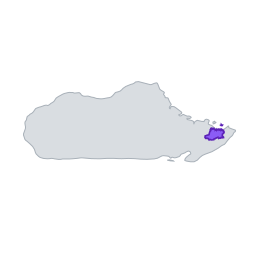 location of Ambilobe, Diana, Madagascar, rotated 73°
{"feature_id": "10022922B52521872200932", "entity_name": "Ambilobe", "entity_type": "district", "adm_level": 2, "iso_a3": "MDG", "parent_name": "Madagascar", "parent_adm1": "Diana", "projection": "mercator", "projection_center": [49.084, -13.513], "detail": "fine", "context": "in_parent", "style": "filled", "palette": "violet", "viewbox_px": 256, "rotation_deg": 73, "n_neighbors": 0, "source": "geoboundaries", "source_scale": "gbopen_adm2", "svg_char_len": 6847}
<svg xmlns="http://www.w3.org/2000/svg" viewBox="0 0 256 256"><g transform="rotate(73 128 128)"><path d="M166.1,31.1L166.7,32.7L167.5,34.1L169.9,37.7L170.9,39.0L171.8,40.5L172.2,43.4L173.7,47.9L175.2,54.7L175.6,61.7L176.0,64.9L177.2,67.9L179.0,71.1L179.6,74.6L178.5,78.2L176.8,81.6L176.4,82.2L175.7,83.1L175.3,83.1L174.0,82.2L173.0,80.7L171.6,77.4L171.1,75.6L170.6,75.4L169.0,75.5L167.9,76.6L167.7,77.3L167.9,79.2L168.4,80.9L168.5,82.6L168.6,84.8L169.0,85.5L169.6,86.0L170.3,87.5L170.4,90.9L170.0,92.6L168.9,94.1L168.9,95.0L169.4,95.8L169.0,96.3L167.5,97.0L166.9,97.5L166.1,99.1L164.8,102.2L164.6,103.7L165.5,108.6L165.2,112.0L163.6,118.6L162.6,121.7L161.3,125.5L159.3,130.4L157.2,136.6L155.5,143.0L154.2,146.9L152.8,150.7L150.8,157.4L149.1,164.3L146.6,171.9L143.2,180.4L142.8,181.5L142.1,185.8L141.3,189.6L140.4,193.4L138.5,199.6L138.3,201.5L137.8,203.4L136.0,207.3L135.2,208.7L134.6,210.3L134.3,212.3L133.8,214.2L132.4,217.7L130.4,220.7L129.0,221.8L126.0,223.4L124.5,223.7L121.1,223.7L117.8,224.6L114.5,226.4L111.2,228.4L109.9,229.4L108.6,229.9L104.2,230.0L103.0,229.6L98.6,226.3L97.0,225.7L93.8,225.3L92.8,225.0L92.0,224.6L90.7,222.9L88.1,221.4L87.5,220.9L87.2,219.9L86.9,218.9L86.2,217.7L85.7,215.4L84.9,213.8L82.6,210.9L82.3,210.0L82.1,207.0L82.2,205.0L82.0,201.3L82.2,199.6L83.1,198.0L82.7,196.3L81.9,194.5L81.5,192.7L80.9,191.0L78.4,188.0L77.9,186.5L77.5,185.0L76.5,180.2L76.4,178.6L76.6,175.1L76.9,173.3L77.5,172.0L77.7,171.1L78.0,170.3L78.6,169.6L79.0,168.9L79.9,164.4L81.1,163.4L82.8,162.9L84.2,161.7L85.0,160.1L85.8,156.9L87.9,153.7L88.7,152.0L90.5,149.5L92.0,145.9L92.5,144.3L92.8,142.5L93.2,138.8L93.5,136.9L93.4,135.1L92.6,133.2L90.4,129.7L90.4,129.1L90.5,126.5L90.4,124.7L89.6,122.8L88.6,121.1L87.6,117.9L87.1,112.5L87.2,110.6L86.9,108.9L86.2,107.3L86.7,104.4L93.0,94.1L93.3,92.9L93.0,89.8L93.1,88.0L93.3,87.3L93.8,86.9L94.9,86.7L100.0,86.3L100.7,86.0L101.9,85.1L103.7,83.4L104.5,82.9L105.2,83.1L105.6,83.8L106.2,84.2L108.3,83.5L109.0,83.4L109.8,83.6L110.2,82.9L110.5,81.9L110.8,81.3L111.3,80.9L114.0,80.7L115.6,80.4L117.8,79.8L118.3,79.9L120.1,82.3L120.6,82.5L121.3,82.6L121.9,82.1L120.5,80.9L120.2,80.2L120.3,79.4L121.1,77.7L122.4,76.5L125.2,74.5L128.2,72.3L129.0,72.1L129.8,72.5L130.3,75.1L130.2,75.6L130.7,75.6L131.3,75.3L131.8,74.2L131.8,73.3L131.4,72.5L131.2,71.7L131.2,71.1L132.7,69.5L133.9,68.0L134.4,66.2L134.9,65.4L136.1,64.5L136.5,64.6L136.8,65.4L136.9,66.2L136.6,67.0L136.2,67.8L136.0,68.8L136.7,69.0L137.3,68.7L138.3,66.9L139.4,65.1L140.1,64.1L140.9,63.5L142.3,63.6L143.6,64.0L141.4,62.1L140.9,59.6L143.5,55.1L143.5,54.2L143.9,53.9L144.1,53.5L142.7,52.0L142.5,51.3L142.6,50.2L143.3,49.2L143.9,48.5L144.7,48.2L145.4,48.6L146.8,49.8L147.8,50.0L149.0,48.8L149.9,47.3L151.4,46.3L153.0,45.7L155.5,43.4L157.1,38.5L157.3,37.1L156.9,35.4L156.3,33.7L155.4,31.7L155.6,31.2L157.0,31.5L157.4,31.2L158.9,29.4L161.4,26.0L162.2,26.0L162.9,26.6L163.1,27.6L163.6,28.3L165.3,29.9L166.1,31.1ZM149.0,44.8L149.0,45.3L147.2,45.1L146.9,43.2L147.8,43.2L148.0,42.4L148.5,42.3L149.1,44.0L149.0,44.8ZM171.8,97.1L170.2,99.9L170.6,97.6L172.5,94.3L173.0,94.0L171.8,97.1Z" fill="#d9dde1" stroke="#a8b0b8" stroke-width="1"/><path d="M160.0,57.0L160.6,56.9L160.5,56.4L160.7,56.1L160.7,55.9L160.9,55.9L161.1,55.8L161.3,55.3L161.2,55.0L161.3,55.0L161.5,54.7L161.4,54.6L161.6,54.2L161.9,54.2L162.0,54.0L162.3,53.9L162.5,54.0L162.6,53.9L163.0,54.0L163.0,53.8L163.1,53.7L163.3,53.5L163.3,53.4L163.1,53.2L163.2,52.9L163.3,52.7L163.2,52.5L163.4,52.4L163.5,52.1L163.7,51.9L163.8,51.8L163.9,51.6L163.9,51.4L163.9,51.2L164.0,51.0L164.0,50.9L164.1,50.5L164.1,50.4L164.2,50.1L164.1,49.9L164.3,49.4L163.8,49.2L163.7,48.9L163.5,48.7L163.8,48.4L163.8,48.2L163.8,47.8L163.7,47.8L163.6,47.6L163.6,47.4L163.4,47.3L163.4,47.2L163.5,47.0L163.5,46.8L163.4,46.8L163.3,46.6L163.2,46.4L163.3,46.1L163.2,45.9L163.2,45.7L163.1,45.4L163.1,45.2L163.2,45.3L163.4,45.1L163.5,44.9L164.1,44.5L164.4,44.5L164.4,44.4L164.5,44.4L164.4,44.0L164.2,43.9L164.2,43.7L164.4,43.6L164.4,43.4L164.5,43.4L164.7,43.2L164.7,42.9L164.8,42.8L164.8,42.4L164.8,42.2L164.7,42.1L164.4,41.9L164.5,41.8L164.4,41.7L164.3,41.4L164.3,41.2L164.6,41.0L164.6,40.9L164.8,40.7L165.0,40.7L165.1,40.4L165.1,40.2L165.1,39.8L165.1,39.7L165.2,39.4L164.9,39.3L164.5,39.3L164.3,39.6L164.0,39.6L163.9,39.7L163.6,39.8L163.3,39.9L163.1,40.1L162.9,40.0L162.5,39.9L162.3,40.0L162.2,39.9L162.2,39.7L161.4,39.5L161.4,39.3L161.3,39.2L161.3,38.9L161.2,38.7L161.2,38.4L160.8,38.2L160.9,37.9L160.8,37.7L160.4,37.4L159.9,37.3L159.8,37.2L159.7,37.2L159.4,37.4L159.4,37.5L159.2,37.4L158.8,37.6L158.6,37.6L158.3,37.8L158.2,38.0L158.2,37.9L158.1,37.7L158.0,37.9L157.8,37.9L157.7,37.9L157.3,38.3L157.6,38.4L157.6,38.5L157.4,38.5L157.2,38.5L157.4,38.6L157.2,38.6L157.1,38.9L157.2,39.0L157.3,39.0L157.5,39.0L157.4,39.1L157.1,39.0L157.2,39.4L157.1,39.1L156.8,39.2L156.9,39.4L157.0,39.5L156.9,39.5L157.0,39.6L156.8,39.6L156.8,39.4L156.6,39.6L156.8,39.8L156.7,39.8L156.8,39.9L156.8,40.0L156.6,39.7L156.5,39.9L156.7,40.1L156.5,39.9L156.5,40.0L156.4,40.0L156.2,40.2L156.1,40.3L156.0,40.5L156.2,40.8L155.9,40.8L155.8,41.0L155.7,41.2L155.8,41.2L155.8,41.3L155.7,41.2L155.6,41.4L155.7,41.5L155.9,41.6L155.7,41.6L155.7,41.9L155.9,42.0L155.7,41.9L155.6,42.1L155.6,42.3L155.5,42.5L155.6,42.8L155.8,42.8L155.6,43.0L155.8,43.2L156.0,43.1L155.8,43.1L156.0,43.4L156.3,43.4L156.5,43.3L156.3,43.5L156.1,43.4L156.1,43.5L155.8,43.4L155.7,43.5L155.8,43.6L155.6,43.6L155.4,43.8L155.5,43.9L155.4,43.9L155.5,44.0L155.3,44.2L155.3,44.4L155.4,44.5L155.3,44.4L155.2,44.5L155.4,44.7L155.5,44.8L155.5,44.6L155.7,44.9L155.7,45.0L155.6,44.9L155.5,45.0L155.3,45.0L155.0,45.3L155.0,45.6L154.9,45.4L154.6,45.6L154.7,45.8L154.5,45.6L154.3,45.8L154.1,45.9L153.8,46.0L153.6,45.9L153.6,46.0L153.4,46.2L153.3,46.4L153.6,46.4L153.6,46.5L153.8,46.6L153.8,46.8L154.0,47.0L153.9,47.2L153.7,47.6L153.8,47.7L153.8,47.8L153.5,48.1L153.3,47.8L153.2,47.8L152.9,47.9L152.8,48.2L152.8,48.3L152.5,48.2L152.4,48.3L152.4,48.5L152.5,48.7L152.7,48.8L152.8,49.1L153.1,49.2L153.2,49.3L153.3,49.3L153.5,49.1L153.9,49.3L154.1,49.3L154.3,49.4L154.5,49.5L154.4,49.7L154.7,49.6L154.9,49.8L155.0,50.0L154.9,50.2L155.0,50.4L155.0,50.5L155.4,50.5L155.6,50.7L155.7,50.9L155.6,51.0L156.0,51.3L156.4,51.5L156.6,51.7L156.8,51.7L156.9,51.9L157.2,52.0L157.4,52.2L157.5,52.2L157.8,52.2L157.9,52.3L158.1,52.4L158.1,52.5L158.2,52.9L158.2,53.0L158.0,53.6L158.1,54.1L157.9,54.4L158.1,54.6L158.2,54.8L158.2,55.0L158.1,55.5L158.1,55.9L158.1,56.1L158.0,56.3L158.1,56.5L158.2,56.4L158.3,56.5L158.6,56.6L158.8,56.8L159.0,56.9L159.3,56.9L159.3,57.0L159.6,57.2L159.8,57.0L160.0,57.0ZM153.1,37.3L153.2,37.0L152.9,36.8L152.9,37.1L152.8,37.5L152.7,37.6L152.5,37.9L152.4,38.1L152.2,37.8L152.1,37.7L151.8,37.8L152.0,37.9L152.1,38.0L152.3,38.2L152.5,38.4L152.5,38.5L152.8,38.3L152.7,38.2L152.7,38.3L152.7,38.2L152.8,38.1L152.9,37.9L152.9,37.6L153.0,37.3L153.1,37.3Z" fill="#8b5cf6" stroke="#5b21b6" stroke-width="1.5"/></g></svg>